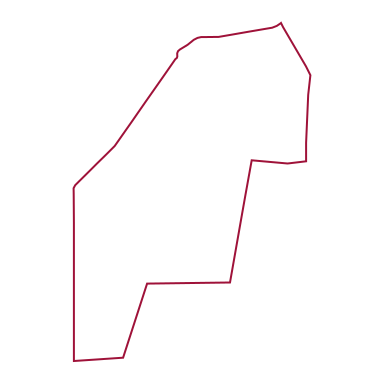 map outline of Gedo (orthographic projection)
{"feature_id": "SOM-2314", "entity_name": "Gedo", "entity_type": "Region", "adm_level": 1, "iso_a3": "SOM", "parent_name": "Somalia", "parent_adm1": "", "projection": "orthographic", "projection_center": [41.827, 2.779], "detail": "fine", "context": "isolated", "style": "outline", "palette": "rose", "viewbox_px": 384, "rotation_deg": 0, "n_neighbors": 0, "source": "natural_earth", "source_scale": "10m", "svg_char_len": 836}
<svg xmlns="http://www.w3.org/2000/svg" viewBox="0 0 384 384"><path d="M173.8,61.4L175.3,59.2L176.8,58.0L177.3,56.6L177.2,53.3L178.0,51.2L179.9,49.5L187.6,44.8L193.8,39.8L197.5,37.9L201.0,37.1L210.4,37.0L218.7,36.9L231.5,34.7L248.1,31.8L264.5,29.0L272.2,27.7L276.8,25.9L280.8,23.2L281.0,23.0L283.1,27.2L306.0,66.4L310.4,75.2L308.2,94.8L306.1,142.8L306.1,161.3L287.6,163.5L251.7,160.3L245.2,196.3L241.9,214.9L230.0,282.5L147.1,283.6L123.1,357.7L73.9,361.0L73.9,359.1L73.9,345.5L73.9,331.9L73.9,318.2L73.9,304.6L73.9,291.0L73.9,277.3L73.9,265.7L73.9,254.1L73.9,242.5L73.9,230.9L73.9,222.8L73.8,208.1L73.7,194.0L73.6,188.2L75.2,185.2L78.9,181.5L87.9,172.6L96.8,163.7L105.8,154.9L114.7,146.0L120.4,137.9L126.0,129.9L131.7,121.8L137.3,113.7L146.4,100.6L155.6,87.5L164.7,74.5L173.8,61.4Z" fill="none" stroke="#9f1239" stroke-width="2"/></svg>